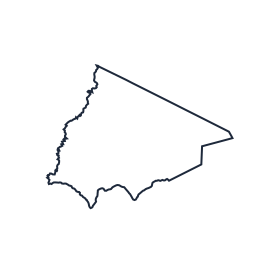 Angical, Bahia, Brazil (Albers equal-area conic projection), rotated 339°
{"feature_id": "56859067B3932708379587", "entity_name": "Angical", "entity_type": "district", "adm_level": 2, "iso_a3": "BRA", "parent_name": "Brazil", "parent_adm1": "Bahia", "projection": "albers", "projection_center": [-44.765, -11.959], "detail": "fine", "context": "isolated", "style": "outline", "palette": "slate", "viewbox_px": 256, "rotation_deg": 339, "n_neighbors": 0, "source": "geoboundaries", "source_scale": "gbopen_adm2", "svg_char_len": 3322}
<svg xmlns="http://www.w3.org/2000/svg" viewBox="0 0 256 256"><g transform="rotate(339 128 128)"><path d="M221.9,174.9L221.7,173.0L220.9,167.6L209.1,154.6L201.4,146.1L188.2,131.6L180.5,123.1L173.5,115.4L148.4,87.9L143.5,82.4L123.1,60.5L122.4,59.3L121.1,58.4L121.3,59.9L121.4,61.1L120.3,62.0L119.0,62.5L118.5,63.5L117.5,64.2L116.3,64.6L115.7,65.9L115.3,68.0L114.7,69.4L113.9,70.4L113.3,71.6L113.7,73.1L114.5,74.0L115.1,75.1L115.1,76.2L114.3,76.8L113.4,77.4L113.4,78.7L112.3,79.3L110.8,79.1L109.5,78.3L108.3,78.6L107.7,80.0L107.5,81.7L106.6,80.6L105.7,79.7L104.4,79.1L103.3,79.7L103.8,80.6L104.5,81.3L105.3,82.0L105.1,82.9L103.7,83.6L102.3,84.5L101.4,84.8L100.5,85.1L100.0,86.3L100.1,87.9L100.0,89.1L99.5,90.1L99.5,91.1L97.8,91.6L96.6,92.4L95.9,93.7L94.5,93.9L93.4,94.0L92.8,95.0L92.5,96.1L91.7,97.3L90.2,97.2L89.1,98.2L88.5,99.4L87.6,99.6L87.4,98.5L86.2,99.1L84.9,99.7L84.1,100.9L83.3,99.3L82.5,100.4L81.3,100.4L80.2,100.4L79.2,100.7L77.9,101.0L77.0,100.6L76.0,100.8L74.7,101.0L73.5,101.4L72.2,102.0L70.9,102.6L71.6,104.0L70.0,104.8L68.8,105.8L67.4,106.2L68.1,107.9L67.4,109.3L67.9,110.6L67.6,111.7L66.5,112.5L66.0,113.6L66.5,114.7L67.1,115.9L66.1,115.7L65.0,115.0L63.8,115.5L64.5,116.6L64.4,117.5L63.1,117.1L61.5,117.1L61.7,118.8L61.7,119.8L60.8,119.4L59.9,119.3L60.2,121.1L58.7,121.3L57.6,121.2L56.6,121.6L55.4,121.8L54.6,122.9L55.7,123.5L55.8,124.6L54.5,124.4L54.5,125.5L53.9,126.7L52.4,126.6L52.3,128.0L53.4,128.9L52.8,129.9L52.9,131.1L51.9,131.4L51.0,132.0L51.8,132.7L52.0,133.9L51.3,135.5L50.4,136.8L49.5,137.0L48.6,137.6L48.0,138.5L47.8,139.4L47.5,140.4L46.2,141.0L46.7,142.0L46.1,142.7L44.8,141.9L44.4,143.0L43.8,143.9L42.9,145.1L41.2,144.4L40.1,143.1L38.9,142.5L37.6,143.6L36.5,143.2L35.7,143.7L36.1,145.3L34.8,145.5L35.5,146.7L36.1,148.3L35.5,149.0L34.9,149.7L34.1,150.6L34.1,152.0L35.7,152.1L36.6,152.9L37.6,152.5L38.9,152.2L40.3,152.6L41.4,153.1L42.3,153.5L43.7,154.2L45.0,154.4L46.1,155.2L46.4,156.1L47.8,156.9L49.1,157.2L50.2,157.7L50.8,158.4L51.5,159.2L52.0,160.0L52.5,160.7L53.4,161.2L54.4,162.1L54.4,163.5L54.9,164.5L56.0,165.2L56.7,166.5L56.9,167.7L57.2,168.7L58.3,169.7L59.5,170.3L59.9,171.3L59.3,172.3L59.6,173.7L60.9,174.7L61.3,176.3L62.4,177.7L63.0,178.7L63.0,179.7L63.7,180.4L63.8,181.7L64.2,183.0L64.2,184.4L64.0,185.7L63.8,186.7L63.9,188.3L64.4,189.4L65.6,189.4L66.7,188.9L67.4,188.0L68.8,187.2L69.9,186.5L71.8,185.3L72.0,183.8L72.5,182.7L73.7,181.4L74.9,180.7L75.7,179.3L76.2,178.1L76.9,176.8L77.4,175.6L78.2,175.1L79.3,174.9L80.9,174.8L82.3,175.0L83.4,175.9L83.9,178.2L85.2,178.8L86.7,178.5L88.2,178.5L89.2,178.8L90.2,178.9L91.2,178.4L92.0,177.9L93.3,177.6L95.2,177.4L96.6,177.3L97.9,177.5L99.4,178.4L100.4,179.8L101.5,180.9L103.3,182.0L103.9,183.9L105.2,187.5L105.5,188.4L105.7,189.4L106.3,190.6L106.5,192.2L106.7,193.2L106.9,195.1L107.2,196.6L108.3,197.6L109.6,197.6L110.6,196.9L111.6,195.9L112.6,195.6L113.3,194.5L114.1,193.8L115.4,193.4L116.5,193.0L117.6,192.6L118.7,192.2L119.8,191.9L120.7,192.0L122.5,191.4L124.1,191.3L125.6,191.4L127.1,191.3L128.3,191.2L129.5,190.6L130.5,189.0L131.3,187.9L132.3,187.6L133.8,187.4L135.0,187.2L135.9,187.6L137.5,187.6L138.4,188.2L139.1,188.9L140.2,188.9L141.5,188.8L142.8,189.9L144.0,190.1L145.0,189.7L146.2,189.6L146.9,190.6L147.4,191.9L179.4,188.7L183.4,188.3L190.6,171.6L220.0,174.7L221.9,174.9Z" fill="none" stroke="#1e293b" stroke-width="2"/></g></svg>